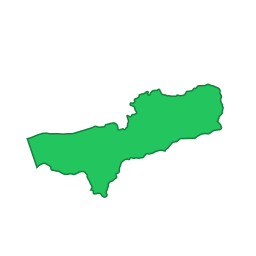 Umling, Geylegphug, Bhutan, rotated 34°
{"feature_id": "84629894B75666827579722", "entity_name": "Umling", "entity_type": "district", "adm_level": 2, "iso_a3": "BTN", "parent_name": "Bhutan", "parent_adm1": "Geylegphug", "projection": "orthographic", "projection_center": [90.619, 26.907], "detail": "fine", "context": "isolated", "style": "filled", "palette": "green", "viewbox_px": 256, "rotation_deg": 34, "n_neighbors": 0, "source": "geoboundaries", "source_scale": "gbopen_adm2", "svg_char_len": 5934}
<svg xmlns="http://www.w3.org/2000/svg" viewBox="0 0 256 256"><g transform="rotate(34 128 128)"><path d="M50.4,193.1L74.6,211.6L74.9,209.6L75.1,208.8L75.4,208.1L75.8,207.4L77.0,205.4L77.8,204.5L78.0,204.2L78.4,204.0L78.7,203.8L79.1,203.7L82.2,203.4L84.1,203.3L85.2,203.3L85.5,203.4L85.9,203.5L86.2,203.8L86.4,204.1L87.1,205.0L87.4,205.3L87.8,205.4L88.2,205.5L88.6,205.5L88.9,205.4L89.6,204.9L90.3,204.5L91.0,204.3L91.8,204.1L92.1,203.9L93.2,203.5L94.2,202.9L94.6,202.8L95.7,202.5L98.1,202.4L99.6,202.2L100.7,202.0L101.5,201.7L102.2,201.3L103.4,200.4L104.6,199.3L105.4,198.5L106.0,198.0L106.7,197.7L107.4,197.3L108.2,197.2L108.5,197.1L108.9,196.9L109.2,196.7L109.5,196.5L110.0,195.8L110.4,195.2L110.9,194.1L111.1,193.8L111.4,193.5L111.6,193.2L112.0,192.1L112.2,191.7L112.7,191.1L113.3,190.6L114.8,189.4L115.5,189.0L115.9,188.8L116.2,188.8L116.6,188.8L117.0,188.8L117.8,189.0L118.5,189.2L119.3,189.4L120.4,189.8L120.7,190.0L121.0,190.3L121.4,191.4L121.6,191.6L122.4,191.9L123.1,192.3L123.7,192.8L124.5,193.0L125.8,193.7L126.8,194.3L128.4,195.4L129.9,196.0L130.2,196.2L130.8,196.7L131.1,196.9L131.3,197.3L131.6,197.8L131.8,200.2L132.4,199.8L133.2,199.6L133.6,199.5L134.3,199.6L134.7,200.0L135.4,201.0L135.8,201.5L136.2,201.6L136.7,201.5L137.1,201.3L138.2,200.5L139.1,199.3L141.0,198.1L141.8,197.8L142.6,197.9L144.1,198.6L144.6,198.8L145.5,198.8L146.3,198.7L147.2,198.4L147.8,197.8L148.3,197.0L148.4,196.3L148.3,195.7L147.9,194.9L146.7,194.3L145.9,193.7L145.5,192.9L145.4,192.5L145.4,191.4L145.2,190.6L144.8,189.8L144.6,189.4L144.4,188.6L144.4,187.7L144.1,186.9L143.5,186.3L143.0,185.9L142.8,185.4L142.9,184.8L143.1,183.2L143.2,182.5L143.6,182.0L144.2,181.4L144.8,180.3L145.0,180.0L145.3,178.2L145.3,177.7L145.5,177.4L146.2,175.9L146.2,175.3L145.9,174.8L144.4,173.9L144.2,173.7L143.8,172.9L144.0,172.2L144.3,171.9L144.9,170.9L145.2,170.4L145.2,169.4L145.0,168.7L144.7,168.2L144.3,167.8L144.0,167.5L143.8,167.2L143.6,166.2L142.8,164.7L142.8,164.1L142.8,163.3L142.7,162.9L142.2,162.1L142.0,161.3L141.9,160.5L141.9,159.3L142.5,157.4L143.1,156.0L143.4,155.5L143.9,155.3L144.2,154.8L144.7,154.3L145.7,154.0L146.3,153.7L146.7,153.4L146.8,153.0L146.6,151.8L146.9,151.0L148.1,150.6L149.8,149.9L151.5,148.1L153.5,147.2L154.6,146.4L155.6,145.2L156.6,144.6L157.1,143.9L157.3,143.3L157.0,141.9L157.4,140.5L157.6,139.2L158.3,138.5L158.8,138.2L159.3,138.1L160.0,137.7L160.9,136.9L162.9,134.4L163.5,133.4L163.8,132.2L164.8,131.2L165.9,129.8L166.8,128.6L168.4,127.7L169.4,127.1L170.2,127.0L171.0,126.7L171.6,126.3L171.4,125.4L171.6,123.8L172.3,122.1L172.5,119.6L172.8,116.9L172.9,115.7L173.1,115.0L173.3,114.6L173.7,114.2L174.6,113.2L175.3,112.7L176.0,112.0L176.2,111.5L176.5,110.2L176.7,109.6L176.7,109.0L176.9,108.3L177.4,107.6L178.2,106.8L179.6,106.0L182.1,104.1L186.9,100.8L187.8,100.0L188.8,99.5L189.4,98.8L189.7,97.5L190.0,96.4L190.8,94.8L191.5,93.3L192.1,92.5L192.3,91.9L193.5,90.8L194.2,90.2L194.9,89.5L197.0,88.4L197.8,88.0L198.4,87.2L199.1,85.7L199.6,84.2L200.1,83.0L200.6,82.1L202.1,80.5L203.3,79.6L204.2,78.7L204.9,78.2L205.2,77.6L205.6,76.7L205.5,75.9L205.3,75.4L204.2,74.7L203.6,74.0L203.0,73.6L201.1,73.1L200.3,72.8L199.5,72.6L198.4,72.7L198.5,71.3L197.9,70.3L197.8,69.9L197.8,68.8L197.6,68.6L197.3,67.7L197.3,66.8L197.6,65.2L197.7,63.8L197.8,62.6L197.1,61.7L195.9,59.1L195.8,58.6L195.6,58.0L194.7,57.4L194.0,57.0L193.6,56.4L193.5,56.0L193.2,55.9L191.5,55.1L190.8,54.6L189.9,53.9L189.7,53.6L189.2,53.0L188.8,52.3L188.4,51.2L188.2,50.5L187.9,49.7L187.6,49.4L187.4,49.1L186.7,48.7L185.3,48.0L185.0,47.9L184.6,47.6L184.4,47.3L183.7,46.0L183.2,45.3L182.9,45.1L182.2,44.7L181.5,44.5L181.1,44.4L180.7,44.5L179.5,44.6L177.6,45.0L176.5,45.2L175.7,45.3L174.6,45.7L172.4,46.5L170.9,46.7L170.1,46.9L169.8,47.1L169.6,47.5L168.9,48.4L168.6,49.1L168.1,49.7L167.8,50.0L167.2,50.5L166.5,50.9L165.9,51.3L165.0,52.0L163.1,53.4L162.6,54.0L162.5,54.4L162.4,55.2L162.3,55.9L162.3,56.3L162.2,56.7L162.0,57.0L161.8,57.3L160.8,58.0L160.6,58.3L160.5,58.7L160.4,59.0L160.5,60.2L160.4,60.6L160.1,61.3L159.9,61.6L159.3,62.2L158.7,62.7L157.9,63.5L157.2,63.9L156.3,64.9L156.2,65.3L156.2,65.7L156.4,67.1L156.4,68.2L156.1,69.1L155.8,69.6L155.5,70.0L154.4,71.1L154.1,71.4L153.2,72.0L152.6,72.3L150.7,73.0L150.3,73.3L150.3,73.6L150.1,74.6L149.9,75.0L147.6,76.3L146.9,77.0L143.5,78.6L142.7,79.4L142.2,79.5L141.0,79.6L140.3,79.8L139.4,80.4L137.9,80.9L137.4,81.0L136.5,80.8L132.9,78.7L132.1,78.5L131.4,79.4L131.2,80.4L129.0,82.0L127.6,83.5L127.0,86.4L127.6,88.0L127.4,88.7L126.9,89.0L126.2,89.2L125.3,89.1L125.0,88.7L125.1,87.7L124.9,87.2L124.5,86.9L124.0,86.8L123.5,87.1L122.9,87.8L122.6,89.0L122.3,89.9L121.6,91.2L120.4,92.1L119.9,92.9L118.9,94.1L118.8,94.4L119.0,94.8L119.6,95.5L119.6,96.4L119.2,97.6L118.5,98.9L117.5,100.0L117.4,100.3L117.4,100.7L117.7,101.3L118.8,102.4L118.9,103.5L118.8,103.9L118.1,104.6L117.5,105.1L116.4,105.6L116.2,106.1L116.3,106.8L116.6,107.3L117.1,107.7L117.5,107.7L119.6,107.1L121.2,106.9L122.0,107.4L123.8,109.0L124.7,109.5L125.7,109.7L126.2,110.0L126.7,110.5L126.8,110.8L126.6,111.3L126.5,111.7L125.8,113.1L124.4,114.1L124.1,114.4L124.0,115.0L124.1,115.7L124.2,116.3L124.1,116.8L123.9,117.1L123.5,117.5L123.1,117.6L122.5,117.7L121.0,117.8L120.6,117.9L120.4,118.1L120.3,118.4L121.6,119.7L123.8,121.2L124.6,122.0L125.1,123.4L125.2,124.7L125.9,125.4L126.0,126.2L126.9,127.2L126.9,127.7L126.8,128.1L126.5,128.4L126.4,128.7L126.5,130.3L126.2,131.1L125.8,131.4L125.4,131.5L124.2,131.5L123.9,131.8L123.4,132.7L122.7,133.3L122.3,134.1L122.1,134.5L121.7,134.8L121.4,134.9L120.9,134.9L120.6,134.7L118.2,132.2L117.2,131.6L115.3,131.2L113.7,131.5L112.9,132.0L112.5,132.5L111.5,133.6L110.4,134.5L109.1,136.3L107.8,137.5L107.6,138.2L107.9,139.6L107.5,140.5L106.1,141.4L104.7,142.7L103.7,143.4L102.5,144.0L100.8,144.4L100.1,144.7L99.6,145.1L98.6,147.2L92.1,155.3L85.5,163.4L80.1,167.4L77.4,169.5L72.0,172.6L67.0,176.2L63.1,178.0L60.3,180.1L58.3,182.6L55.9,185.8L54.1,188.6L52.4,191.1L50.4,193.1Z" fill="#22c55e" stroke="#15803d" stroke-width="1.5"/></g></svg>